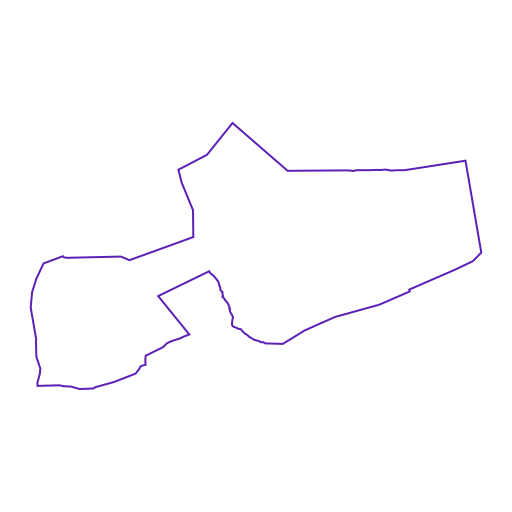 San Juan Sayultepec, Oaxaca, Mexico (Robinson projection)
{"feature_id": "50627088B209371934126", "entity_name": "San Juan Sayultepec", "entity_type": "district", "adm_level": 2, "iso_a3": "MEX", "parent_name": "Mexico", "parent_adm1": "Oaxaca", "projection": "robinson", "projection_center": [-97.293, 17.449], "detail": "fine", "context": "isolated", "style": "outline", "palette": "violet", "viewbox_px": 512, "rotation_deg": 0, "n_neighbors": 0, "source": "geoboundaries", "source_scale": "gbopen_adm2", "svg_char_len": 1988}
<svg xmlns="http://www.w3.org/2000/svg" viewBox="0 0 512 512"><path d="M282.8,343.9L288.1,340.6L288.4,340.5L296.3,335.6L304.8,330.3L306.8,329.5L316.4,325.2L334.3,317.3L335.0,317.0L335.5,316.8L338.4,316.0L338.9,315.9L342.9,314.8L344.8,314.3L346.9,313.7L348.6,313.2L349.6,312.9L350.1,312.8L351.7,312.3L353.2,311.9L353.8,311.8L358.6,310.4L363.8,309.0L365.1,308.6L368.4,307.7L371.3,306.9L373.9,306.2L374.8,305.9L379.0,304.8L386.7,301.5L389.7,300.2L392.5,298.9L395.3,297.7L401.0,295.3L403.9,294.0L409.8,291.4L409.2,289.6L422.6,283.8L424.5,282.9L429.7,280.7L432.7,279.4L442.8,275.0L453.4,270.4L456.4,269.0L472.6,261.3L473.8,260.2L478.0,255.9L481.3,252.6L480.5,248.1L465.5,160.7L404.5,170.2L398.1,170.2L397.0,170.2L391.2,170.6L385.8,169.6L380.3,170.0L376.4,169.9L369.4,170.2L365.1,170.2L356.3,170.2L353.6,171.0L350.5,170.6L347.2,170.4L287.6,170.8L232.5,123.0L207.0,154.8L178.4,169.7L181.7,182.7L193.0,210.2L193.3,237.1L191.7,237.6L129.4,260.2L121.0,256.6L113.8,256.7L113.5,256.8L111.1,256.8L67.6,257.8L63.8,257.4L63.0,256.2L43.6,263.4L36.4,278.6L32.1,292.2L30.7,307.4L30.8,307.9L31.6,312.9L33.3,322.5L36.3,339.8L35.9,340.5L36.4,356.9L40.3,368.5L39.9,373.6L37.4,382.7L37.5,385.9L59.4,385.3L63.6,386.2L71.1,386.6L79.6,389.0L93.4,388.5L95.3,387.2L113.7,382.1L131.0,375.4L135.6,373.6L139.1,369.1L140.8,366.1L145.6,364.7L145.3,359.9L145.7,355.7L162.7,347.3L163.5,346.7L167.0,343.2L171.2,341.3L181.7,337.8L182.6,337.0L189.3,334.5L158.2,296.1L158.5,295.9L209.1,271.3L210.2,273.1L212.7,275.0L213.1,275.4L216.3,279.0L218.1,281.4L219.4,284.9L219.3,285.8L220.3,287.4L220.4,290.1L222.6,292.2L222.2,293.1L223.0,295.6L222.4,296.9L223.2,297.1L224.9,299.9L227.9,303.4L229.9,308.6L229.4,308.7L230.3,312.2L231.4,313.9L232.4,315.8L233.0,317.4L232.6,318.8L232.0,322.6L232.1,325.4L232.8,326.0L233.8,326.9L236.1,327.6L238.2,328.8L240.7,329.1L242.5,331.3L244.4,333.2L247.1,334.9L249.2,336.7L253.9,339.7L259.9,341.4L260.7,342.3L263.0,342.1L265.3,343.4L282.8,343.9Z" fill="none" stroke="#5b21b6" stroke-width="2"/></svg>